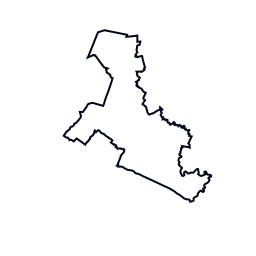 the district of Vinh Loi, Bạc Liêu, Vietnam, rotated 57°
{"feature_id": "81297802B93911642889100", "entity_name": "Vinh Loi", "entity_type": "district", "adm_level": 2, "iso_a3": "VNM", "parent_name": "Vietnam", "parent_adm1": "Bạc Liêu", "projection": "robinson", "projection_center": [105.726, 9.343], "detail": "fine", "context": "isolated", "style": "outline", "palette": "ink", "viewbox_px": 256, "rotation_deg": 57, "n_neighbors": 0, "source": "geoboundaries", "source_scale": "gbopen_adm2", "svg_char_len": 5761}
<svg xmlns="http://www.w3.org/2000/svg" viewBox="0 0 256 256"><g transform="rotate(57 128 128)"><path d="M194.7,130.3L201.8,125.8L203.9,124.9L206.1,123.7L209.3,122.7L211.4,121.6L213.7,120.6L217.6,119.3L219.4,118.0L220.9,116.2L221.6,115.6L222.6,115.6L223.7,116.0L224.5,113.6L224.6,112.7L224.1,112.1L223.3,111.7L222.9,111.5L222.6,110.9L222.4,109.8L222.7,107.7L222.7,106.8L222.3,106.2L221.2,105.3L220.8,104.8L220.0,101.7L220.1,101.2L220.5,100.8L222.4,100.1L222.6,99.6L222.5,99.0L222.2,98.7L221.8,98.3L221.1,98.3L220.3,98.4L219.9,98.3L219.7,97.8L220.1,96.6L220.1,96.1L219.9,95.7L219.6,95.6L218.1,95.7L217.8,95.5L217.5,95.2L217.1,94.3L217.0,93.7L217.3,91.3L217.0,89.8L216.4,88.5L215.9,87.9L215.3,87.7L214.1,88.0L213.8,87.9L213.6,87.7L213.4,87.1L213.5,86.8L213.9,85.5L214.0,84.9L213.9,84.6L213.6,84.3L212.9,84.2L211.9,84.8L210.9,86.1L210.3,86.7L209.3,86.7L207.3,86.4L206.9,86.5L206.5,86.9L206.5,87.8L206.8,88.2L207.4,88.2L208.2,87.7L208.5,87.7L208.9,87.8L209.0,88.2L208.3,92.3L208.0,92.8L207.3,93.4L205.5,94.2L205.0,94.3L204.6,94.1L204.1,93.1L203.8,92.8L202.6,92.6L200.8,91.6L200.5,91.6L200.2,91.9L200.1,92.3L200.1,94.0L201.0,97.0L201.0,97.6L199.8,99.2L199.6,99.7L199.3,101.6L199.0,102.3L198.5,102.6L196.2,103.1L195.9,103.4L195.6,103.9L195.7,104.8L196.2,105.4L196.9,105.9L197.9,106.1L198.3,106.7L198.3,107.7L198.1,108.1L197.5,108.6L194.8,108.3L193.3,107.9L192.8,107.5L191.9,106.6L191.0,104.7L190.6,104.4L188.4,105.1L186.6,105.4L186.0,105.2L185.1,103.7L184.9,103.5L183.5,103.6L182.8,103.4L181.9,102.6L181.3,101.9L181.0,101.3L181.0,100.7L181.4,99.5L181.4,99.0L181.1,98.7L180.4,98.7L179.0,99.4L178.2,99.5L177.6,98.3L177.5,97.5L176.5,97.2L176.0,96.2L175.4,95.6L174.8,95.2L174.5,94.4L173.6,94.1L173.6,93.9L173.9,93.1L173.8,92.3L172.8,92.3L177.2,87.5L178.1,87.0L175.6,85.5L175.0,85.7L174.3,85.5L173.8,85.7L169.7,79.2L167.9,81.0L166.9,80.4L166.5,79.8L166.1,80.4L165.6,80.6L164.1,79.5L163.7,79.0L163.5,78.0L163.4,77.8L163.1,77.7L162.8,77.9L162.7,78.1L162.7,78.5L163.0,79.0L162.9,79.4L162.3,79.6L161.5,80.0L160.7,80.7L160.5,80.8L160.2,80.6L160.0,80.0L159.8,79.9L159.2,80.3L159.2,80.8L159.0,81.1L158.2,81.4L157.3,80.5L157.1,79.7L156.7,79.9L156.5,80.1L156.4,80.4L157.3,81.8L157.0,82.8L156.8,82.9L156.3,82.9L155.0,82.3L154.1,83.1L153.5,83.1L153.4,83.3L153.3,84.0L154.0,84.5L154.1,84.8L153.5,85.1L152.6,85.0L152.3,85.1L151.7,85.7L151.3,86.8L150.9,87.3L150.4,87.4L150.1,87.2L149.9,87.0L149.8,86.3L149.6,86.0L148.9,86.3L148.0,86.3L148.0,86.8L148.4,87.6L148.5,88.1L148.5,89.0L148.2,89.8L148.4,90.5L148.3,90.8L148.2,90.9L147.6,91.0L146.8,90.6L145.9,90.6L145.3,91.5L144.9,91.7L144.0,91.5L143.7,91.1L142.6,90.5L141.8,91.4L141.7,92.5L140.1,92.4L139.6,94.3L137.8,92.9L137.6,93.6L135.1,93.7L134.6,93.4L134.4,93.0L134.2,92.2L134.0,91.7L133.4,91.4L132.4,91.6L131.9,91.3L131.1,89.6L131.1,89.1L128.2,89.8L130.0,91.3L129.4,93.9L129.4,97.6L129.5,98.6L129.4,98.9L129.2,98.9L128.3,102.9L126.9,103.3L125.9,103.2L124.8,103.0L123.2,102.2L122.1,102.2L121.2,101.6L120.0,101.7L119.8,101.5L115.8,102.8L114.0,98.5L112.4,99.1L112.0,99.1L111.0,98.6L108.2,94.0L106.5,95.0L106.2,94.9L105.2,95.3L103.2,95.2L102.5,95.3L100.3,96.4L99.5,96.6L99.7,96.9L97.7,97.8L97.5,97.2L97.2,97.3L97.0,97.0L96.3,97.3L95.4,95.8L93.7,96.2L93.8,92.9L93.7,92.7L93.1,92.6L93.0,92.1L92.3,90.7L91.4,90.9L90.2,91.6L88.9,91.6L88.6,91.5L88.5,91.2L88.3,91.1L86.9,90.8L86.5,90.0L85.5,90.0L87.7,86.4L88.1,86.4L88.3,85.8L88.4,84.9L88.1,83.8L88.4,82.7L86.7,82.1L86.8,80.9L77.6,78.0L76.3,77.3L76.1,77.4L75.2,77.1L75.0,77.3L74.3,79.2L74.1,80.4L73.7,81.5L72.2,82.8L71.8,81.7L70.8,82.0L70.2,80.7L69.6,78.9L67.9,78.7L66.8,78.0L65.6,76.7L64.0,75.5L63.9,75.2L64.5,72.8L63.4,71.8L62.6,70.7L62.2,70.5L60.8,73.2L57.3,70.9L55.6,69.9L52.8,75.6L50.6,79.7L49.3,78.0L33.1,94.6L33.1,95.0L31.4,101.1L47.0,123.2L47.2,121.3L47.5,120.3L47.8,118.5L47.8,117.4L48.0,117.0L48.9,116.8L49.0,116.5L48.9,116.2L49.0,116.0L51.1,115.8L56.5,115.6L64.3,115.0L66.9,112.7L66.9,113.2L67.2,114.1L67.3,114.8L68.3,114.8L69.8,115.6L71.7,114.7L72.6,114.5L73.7,113.9L74.0,113.9L74.5,114.4L74.7,114.5L75.7,114.6L77.0,114.4L77.7,113.8L79.4,115.6L87.0,125.1L89.2,128.3L92.8,132.9L94.5,134.8L95.9,136.8L87.5,144.1L86.3,147.8L86.3,148.4L86.4,148.9L86.9,149.7L87.2,150.5L88.1,152.1L88.2,152.7L88.9,154.1L89.3,155.5L90.0,156.7L89.9,157.3L88.3,159.6L92.9,161.2L93.4,162.1L94.9,166.4L95.2,168.4L95.5,168.8L95.5,169.9L95.2,170.3L95.2,171.0L95.5,171.4L96.3,172.2L96.4,172.5L96.4,173.0L96.5,173.8L95.9,175.0L96.0,175.6L96.3,176.4L97.0,177.1L97.4,178.4L97.4,179.2L97.6,179.8L97.6,180.9L97.9,182.7L98.0,183.1L98.6,183.6L98.9,184.1L99.1,185.2L99.3,186.0L99.5,186.1L102.2,185.0L103.0,184.0L103.7,184.0L104.3,183.6L104.9,183.4L106.3,183.7L106.9,182.1L107.1,181.9L109.7,180.8L108.8,176.8L118.7,172.9L118.2,172.3L117.9,171.2L117.8,170.6L117.3,169.6L117.5,168.5L117.0,168.0L116.9,167.3L116.5,167.0L116.6,166.1L115.5,165.2L115.3,164.4L115.0,164.0L115.1,162.6L114.9,161.3L114.5,160.3L112.0,157.2L112.9,156.9L114.1,157.1L113.6,154.6L113.7,154.2L114.2,153.6L117.9,153.1L118.3,152.6L119.0,152.3L119.6,151.5L120.1,151.6L121.0,151.2L122.0,151.1L123.1,150.5L124.0,150.3L125.1,149.5L126.3,149.6L127.2,148.6L128.9,148.0L130.0,147.8L130.8,150.2L134.1,149.1L134.0,148.5L136.2,147.5L136.4,147.9L137.2,147.8L137.3,148.7L138.7,148.1L139.6,148.1L139.9,148.0L140.2,146.7L141.1,145.2L141.4,145.0L141.9,145.0L142.8,144.1L143.0,143.9L143.2,143.0L144.0,142.9L144.9,143.6L145.6,143.9L146.1,144.8L146.8,147.6L147.4,149.3L147.7,149.3L147.9,149.5L152.5,156.0L152.6,155.9L153.2,156.6L153.6,156.3L153.9,156.7L153.7,156.9L153.7,157.9L154.4,157.7L154.9,157.4L155.3,157.0L156.3,155.2L157.5,153.8L158.1,153.5L159.9,152.9L161.1,152.0L162.3,151.5L163.3,150.7L165.1,148.5L166.7,147.2L167.8,146.7L169.7,146.4L170.3,146.1L172.4,144.1L173.1,143.6L176.8,141.5L190.6,132.8L194.7,130.3Z" fill="none" stroke="#020617" stroke-width="2"/></g></svg>